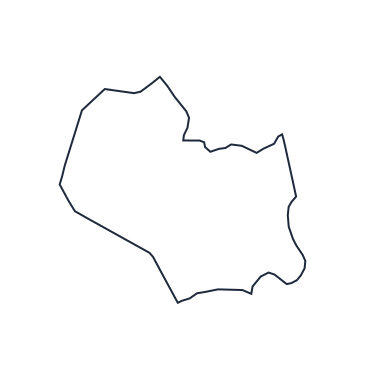 the district of Joca Marques, Piauí, Brazil, rotated 125°
{"feature_id": "56859067B3346916621202", "entity_name": "Joca Marques", "entity_type": "district", "adm_level": 2, "iso_a3": "BRA", "parent_name": "Brazil", "parent_adm1": "Piauí", "projection": "orthographic", "projection_center": [-42.438, -3.542], "detail": "fine", "context": "isolated", "style": "outline", "palette": "slate", "viewbox_px": 384, "rotation_deg": 125, "n_neighbors": 0, "source": "geoboundaries", "source_scale": "gbopen_adm2", "svg_char_len": 927}
<svg xmlns="http://www.w3.org/2000/svg" viewBox="0 0 384 384"><g transform="rotate(125 192 192)"><path d="M136.0,104.1L100.7,142.4L97.2,146.3L93.1,151.2L97.2,153.2L105.3,152.4L109.7,154.9L115.5,158.3L122.9,161.5L125.6,177.7L130.6,187.2L136.8,189.9L141.2,194.7L148.5,200.0L147.7,207.0L144.3,210.6L145.5,215.3L154.8,228.7L150.2,231.2L141.9,232.6L132.9,237.0L129.2,242.9L124.0,260.8L119.2,273.2L116.1,284.4L125.8,287.2L139.4,291.7L144.3,296.2L157.7,322.5L188.2,329.0L243.6,311.3L253.3,307.5L261.7,304.7L269.9,288.4L274.9,276.9L273.5,261.9L266.2,191.9L267.5,186.7L275.7,170.5L290.9,140.1L286.8,137.8L280.5,132.9L272.1,129.8L266.0,123.6L256.8,114.8L243.4,94.5L241.4,85.0L234.6,88.2L221.8,87.2L214.1,83.1L212.3,77.2L213.1,61.6L209.7,58.4L204.1,55.5L197.8,55.0L189.9,56.0L183.5,59.6L180.1,65.2L176.0,75.8L172.6,82.3L165.0,92.8L156.1,100.2L148.7,104.3L143.0,104.8L136.0,104.1Z" fill="none" stroke="#1e293b" stroke-width="2"/></g></svg>